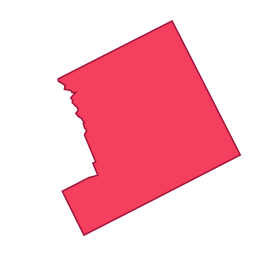 Edwards, Texas, United States of America (Natural Earth projection), rotated 153°
{"feature_id": "52423323B96652215547422", "entity_name": "Edwards", "entity_type": "district", "adm_level": 2, "iso_a3": "USA", "parent_name": "United States of America", "parent_adm1": "Texas", "projection": "natural_earth1", "projection_center": [-100.041, 29.957], "detail": "fine", "context": "isolated", "style": "filled", "palette": "rose", "viewbox_px": 256, "rotation_deg": 153, "n_neighbors": 0, "source": "geoboundaries", "source_scale": "gbopen_adm2", "svg_char_len": 536}
<svg xmlns="http://www.w3.org/2000/svg" viewBox="0 0 256 256"><g transform="rotate(153 128 128)"><path d="M215.9,52.5L148.7,52.6L40.2,53.0L40.1,203.4L149.4,203.5L167.7,203.5L168.9,201.5L164.7,194.5L167.1,191.4L161.8,187.3L161.7,184.7L158.4,183.6L165.4,180.8L164.8,177.9L166.2,175.8L163.6,168.2L164.9,166.0L167.8,164.8L167.1,160.8L165.2,158.0L164.6,152.6L165.8,152.4L166.7,147.8L165.9,144.7L169.9,141.6L172.2,112.4L175.3,112.7L176.3,99.6L185.5,101.6L215.3,101.5L215.9,52.5Z" fill="#f43f5e" stroke="#9f1239" stroke-width="1.5"/></g></svg>